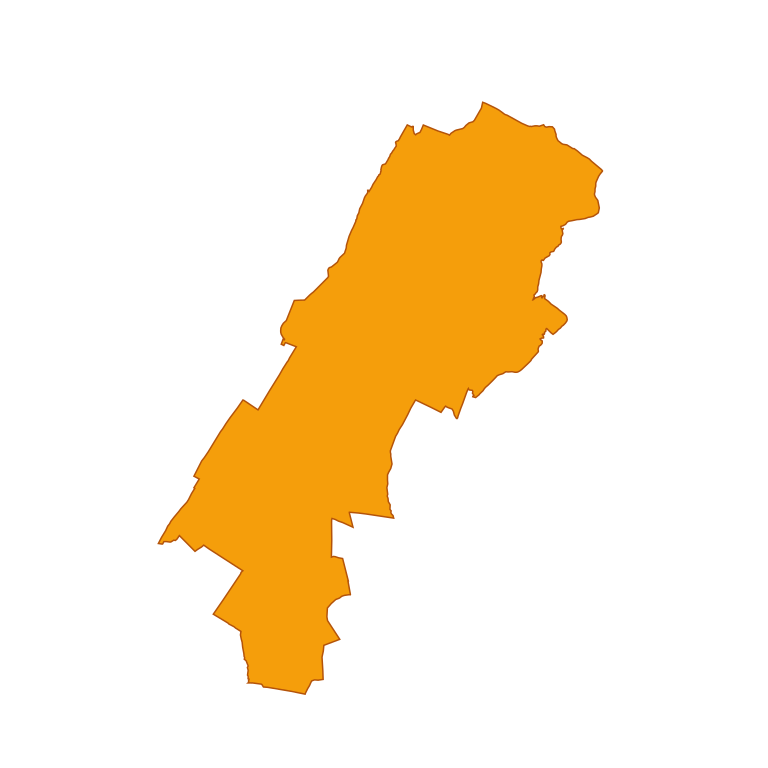 the district of Bacesti, Vaslui, Romania, rotated 226°
{"feature_id": "2599482B65523487656623", "entity_name": "Bacesti", "entity_type": "district", "adm_level": 2, "iso_a3": "ROU", "parent_name": "Romania", "parent_adm1": "Vaslui", "projection": "orthographic", "projection_center": [27.228, 46.823], "detail": "fine", "context": "isolated", "style": "filled", "palette": "amber", "viewbox_px": 768, "rotation_deg": 226, "n_neighbors": 0, "source": "geoboundaries", "source_scale": "gbopen_adm2", "svg_char_len": 6146}
<svg xmlns="http://www.w3.org/2000/svg" viewBox="0 0 768 768"><g transform="rotate(226 384 384)"><path d="M554.2,580.7L550.3,567.3L549.6,565.5L549.1,563.2L549.7,562.1L550.0,560.8L549.5,559.9L548.6,559.6L546.6,558.0L546.1,555.3L545.6,553.7L545.6,552.7L544.8,549.6L544.8,548.3L543.6,546.0L543.2,544.1L542.6,542.8L541.3,538.0L542.6,535.4L542.6,534.5L541.9,533.0L540.3,530.6L539.3,529.9L539.0,529.0L538.3,528.2L537.7,526.8L538.0,525.5L537.5,524.7L537.5,523.4L536.5,520.4L535.3,514.9L534.1,511.8L532.9,507.0L534.5,507.2L534.7,506.8L533.7,506.0L532.8,504.7L532.2,501.2L531.6,499.4L528.8,494.0L526.9,488.2L524.6,484.8L523.6,481.7L521.7,479.1L521.5,477.7L520.6,476.7L518.0,470.4L517.0,467.4L514.5,461.5L509.9,453.4L508.0,451.2L505.5,446.4L505.6,440.3L505.4,438.9L504.2,435.8L504.0,434.8L504.7,427.5L505.5,425.9L505.7,424.6L504.9,422.7L500.0,418.9L499.6,417.5L499.2,397.2L499.5,394.5L499.6,392.1L499.5,385.2L503.1,381.3L506.4,377.5L497.5,357.8L497.6,353.8L496.9,351.0L495.9,348.7L494.2,346.8L493.0,345.7L491.3,344.7L487.5,343.7L485.3,343.6L485.1,343.0L486.3,342.5L484.0,337.7L481.3,338.7L482.1,341.2L482.2,341.8L481.9,342.1L471.7,346.8L468.4,334.2L467.3,331.3L467.1,329.6L465.3,322.1L463.2,315.0L458.8,297.4L452.9,275.4L469.7,271.8L470.5,271.4L468.6,261.9L466.7,249.9L465.3,242.8L463.8,236.7L463.3,233.4L457.3,210.4L455.9,203.7L455.3,199.4L449.7,183.2L444.0,185.1L441.4,175.2L440.4,175.4L438.9,169.5L436.6,163.0L435.9,160.0L435.4,151.4L434.8,147.8L434.1,141.0L433.3,135.3L432.4,132.6L432.0,129.7L430.2,125.1L428.2,117.4L426.0,110.9L423.1,113.1L422.7,113.6L423.5,116.2L421.8,118.0L418.9,120.3L418.4,121.0L417.7,124.3L416.4,125.2L416.2,127.1L417.1,131.5L394.9,131.8L394.5,134.9L393.5,139.5L393.3,142.4L386.8,143.6L347.7,152.7L347.8,150.4L347.0,148.9L340.4,118.2L337.0,101.3L320.5,105.7L319.0,105.7L313.6,107.5L311.5,107.7L305.4,109.2L303.2,106.4L299.6,104.1L296.8,102.6L293.0,99.6L287.4,95.9L285.3,94.2L284.2,93.8L283.7,93.4L283.1,92.3L280.8,92.6L275.7,90.5L275.4,90.2L275.0,88.8L272.4,87.4L269.4,83.6L268.4,83.4L267.5,82.7L266.4,81.5L265.9,81.9L265.4,81.8L264.5,80.2L263.3,79.5L263.4,78.6L260.1,81.9L253.4,87.2L252.7,87.4L249.8,86.8L246.5,89.7L227.5,103.7L215.7,111.8L216.1,112.5L217.9,117.5L218.8,120.9L220.2,124.3L220.6,125.9L219.4,128.5L216.7,130.9L213.8,135.0L220.1,140.7L230.6,149.7L234.1,154.9L237.8,159.2L231.1,174.8L253.0,179.0L256.2,181.2L262.2,187.7L262.7,193.6L262.5,199.6L261.1,202.8L260.8,204.3L260.7,205.9L260.2,207.2L259.3,208.9L256.7,212.5L255.8,213.3L255.9,213.6L267.3,221.2L267.1,221.5L287.2,233.0L290.4,230.7L293.8,228.9L295.1,227.8L296.0,225.9L307.8,237.8L320.4,249.7L322.6,251.9L323.4,253.2L320.5,254.8L317.0,256.0L313.1,258.0L302.5,262.2L315.5,269.6L315.8,270.0L308.8,276.1L303.1,280.7L280.8,297.8L283.1,299.1L285.3,299.1L286.7,299.6L287.8,301.0L289.7,301.2L292.8,304.5L296.4,305.4L299.0,307.5L300.9,308.3L301.6,309.1L302.1,310.1L307.5,314.1L309.5,317.3L312.4,319.7L316.2,323.4L317.3,326.1L318.5,330.1L320.9,334.2L327.4,338.7L329.0,340.3L330.1,340.9L331.5,342.1L338.3,356.0L339.2,359.4L340.7,363.4L342.0,369.1L345.5,379.8L348.0,386.4L350.6,395.6L334.8,401.5L324.0,405.3L325.3,412.1L325.2,413.0L324.4,413.0L322.3,413.8L318.9,415.5L318.4,415.5L316.3,415.0L312.7,413.0L308.9,412.2L308.4,412.5L308.5,413.4L309.5,415.0L313.3,422.6L315.1,426.6L320.4,437.3L322.0,440.8L322.1,441.6L321.2,441.1L320.5,441.2L318.1,443.1L317.0,442.8L315.9,441.2L313.4,440.8L313.5,439.5L313.2,439.0L310.6,440.5L310.2,445.0L310.4,445.9L310.4,450.6L310.9,452.8L311.1,454.7L310.9,458.0L311.0,465.4L311.3,471.3L310.6,473.3L308.9,476.6L308.2,480.1L306.5,481.6L303.9,484.7L301.7,486.2L300.7,487.1L299.7,488.5L299.1,490.6L298.8,493.0L298.7,503.0L298.8,506.0L299.3,507.3L299.5,509.7L300.0,517.3L300.4,517.9L302.0,519.0L302.8,520.3L303.5,522.1L303.1,523.4L303.3,525.7L303.6,526.3L305.0,527.7L307.3,527.4L308.0,527.6L307.6,529.1L306.3,530.7L306.9,531.5L308.0,531.8L308.7,532.5L309.3,532.1L309.6,532.3L309.4,533.1L308.5,533.7L308.6,534.3L309.7,535.4L309.6,537.1L310.8,538.4L311.1,539.3L310.8,539.6L304.7,539.7L302.3,540.1L301.9,543.3L301.9,545.8L302.1,547.2L301.7,549.7L302.0,552.3L301.7,553.8L301.8,556.8L302.3,559.3L303.0,560.5L305.1,561.9L306.5,562.4L308.5,562.4L315.5,561.4L317.9,561.3L325.4,559.7L329.2,559.7L333.7,558.9L334.1,559.1L335.5,561.1L336.6,561.5L336.9,560.9L336.1,560.2L336.4,559.4L336.2,557.5L336.7,557.5L337.2,558.4L337.6,558.7L338.0,558.8L338.4,558.4L339.8,554.7L340.8,553.0L340.9,551.4L340.9,550.1L341.1,549.7L342.5,552.9L343.6,553.5L343.9,554.0L343.7,555.5L344.1,556.8L344.0,558.2L344.9,559.9L347.1,562.1L348.6,564.7L351.0,567.6L355.2,574.5L357.5,577.1L359.3,579.6L360.7,581.0L362.8,581.9L363.4,582.6L363.5,583.5L363.3,584.0L362.4,584.2L362.2,584.5L362.7,587.4L361.5,592.1L361.9,593.4L362.8,594.0L363.2,594.7L362.8,596.3L361.8,597.7L361.6,598.4L362.4,600.5L362.6,601.8L362.7,603.3L362.2,604.7L362.6,606.3L362.2,607.9L362.4,609.2L362.9,610.2L364.9,611.7L366.4,613.4L367.0,614.6L367.2,615.8L367.9,617.1L370.6,618.8L370.9,619.5L371.1,620.8L371.5,620.9L371.8,619.6L372.2,619.4L373.4,619.8L374.5,620.7L373.5,622.7L372.8,625.2L372.8,626.1L373.2,628.1L372.8,629.9L371.0,632.5L368.2,637.0L366.5,639.0L363.3,643.6L362.0,646.7L360.8,648.4L359.3,651.1L358.5,655.3L358.3,657.1L361.1,661.2L367.5,665.3L371.5,665.9L373.6,666.7L374.6,667.5L375.8,669.4L377.8,671.4L379.2,673.7L381.4,675.9L382.1,677.2L384.3,682.6L384.9,685.2L385.3,688.8L385.5,689.2L387.1,689.4L400.0,688.0L403.1,688.0L405.5,687.4L410.8,685.6L417.4,685.0L421.2,684.3L422.1,683.4L422.8,683.2L428.9,681.7L432.1,679.3L433.5,678.8L438.2,678.2L441.3,679.2L442.7,679.9L444.1,681.2L447.4,682.7L448.9,683.7L452.0,683.8L454.5,681.5L455.9,679.3L457.5,678.5L459.6,678.9L461.6,674.7L463.1,673.7L464.8,672.0L466.9,668.8L467.5,668.5L468.1,667.7L469.7,666.7L475.8,664.2L491.8,659.3L493.9,658.2L501.1,657.0L504.2,656.1L515.2,652.1L518.1,650.7L514.8,645.7L510.9,632.2L510.9,630.1L512.8,626.5L513.1,622.5L512.8,619.9L513.1,618.0L516.4,612.4L517.0,610.9L517.8,606.3L517.5,604.0L519.1,603.5L528.5,598.6L543.0,592.2L541.0,587.6L540.0,584.5L540.6,583.2L541.3,581.1L541.3,579.9L543.1,579.7L546.3,581.4L548.9,583.9L549.6,583.3L549.5,582.7L549.7,582.4L554.2,580.7Z" fill="#f59e0b" stroke="#b45309" stroke-width="1.5"/></g></svg>